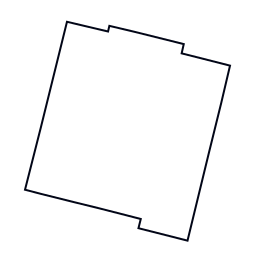 Henry, Indiana, United States of America, rotated 284°
{"feature_id": "52423323B38400946045463", "entity_name": "Henry", "entity_type": "district", "adm_level": 2, "iso_a3": "USA", "parent_name": "United States of America", "parent_adm1": "Indiana", "projection": "robinson", "projection_center": [-85.404, 39.932], "detail": "fine", "context": "isolated", "style": "outline", "palette": "ink", "viewbox_px": 256, "rotation_deg": 284, "n_neighbors": 0, "source": "geoboundaries", "source_scale": "gbopen_adm2", "svg_char_len": 366}
<svg xmlns="http://www.w3.org/2000/svg" viewBox="0 0 256 256"><g transform="rotate(284 128 128)"><path d="M43.2,43.0L43.0,60.0L43.0,93.7L43.1,119.7L42.8,162.4L33.3,162.4L33.1,213.0L123.1,212.5L174.7,212.4L213.2,211.9L213.4,162.0L222.9,161.8L222.9,110.9L222.6,85.2L216.8,85.3L216.3,43.1L107.1,43.3L43.2,43.0Z" fill="none" stroke="#020617" stroke-width="2"/></g></svg>